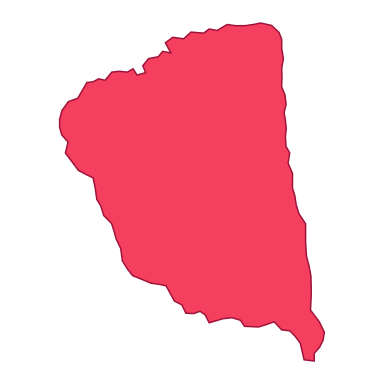 Fazenda Rio Grande, Paraná, Brazil
{"feature_id": "56859067B87747649596959", "entity_name": "Fazenda Rio Grande", "entity_type": "district", "adm_level": 2, "iso_a3": "BRA", "parent_name": "Brazil", "parent_adm1": "Paraná", "projection": "orthographic", "projection_center": [-49.297, -25.682], "detail": "fine", "context": "isolated", "style": "filled", "palette": "rose", "viewbox_px": 384, "rotation_deg": 0, "n_neighbors": 0, "source": "geoboundaries", "source_scale": "gbopen_adm2", "svg_char_len": 1431}
<svg xmlns="http://www.w3.org/2000/svg" viewBox="0 0 384 384"><path d="M78.5,170.5L85.9,174.4L93.1,177.9L95.3,188.7L96.8,199.4L100.7,205.8L103.8,215.6L111.6,223.5L114.2,231.8L116.2,239.0L120.7,248.5L122.4,260.9L127.6,269.3L132.7,275.7L142.2,279.5L151.0,283.2L159.0,284.3L166.1,285.8L170.4,293.8L174.5,301.1L181.9,304.9L185.9,313.2L193.4,313.6L200.1,311.3L205.2,314.9L209.2,322.8L223.0,318.7L232.1,317.7L240.5,320.3L244.5,326.3L250.7,326.6L258.4,327.0L264.7,325.1L274.2,321.8L281.7,329.9L289.7,330.8L294.8,335.9L300.2,343.0L304.1,359.8L314.2,361.0L314.3,353.2L319.6,347.3L323.0,340.4L324.4,332.3L319.3,321.8L310.5,310.1L311.2,296.0L311.2,286.5L310.9,276.0L309.2,266.7L306.5,256.2L305.6,243.3L305.6,223.8L298.9,213.7L296.1,204.4L294.8,195.5L292.5,188.2L292.5,173.4L288.1,163.2L289.7,152.8L286.0,146.4L285.4,136.7L286.3,128.5L285.4,120.3L284.1,112.5L286.1,104.5L285.0,95.1L281.6,86.7L282.0,77.4L281.7,68.3L283.4,58.6L281.7,48.5L281.7,39.2L279.0,32.4L271.5,25.4L260.5,23.0L253.4,24.5L245.0,25.7L235.5,25.7L227.1,24.5L217.0,30.5L209.2,29.0L203.7,33.1L191.0,32.1L183.6,38.8L172.7,37.3L165.4,42.8L170.8,52.9L162.6,51.4L158.3,56.7L148.6,58.6L142.8,65.7L145.6,72.7L137.0,75.0L133.1,68.8L127.3,72.1L119.6,71.3L111.8,72.1L105.1,80.3L98.7,78.8L93.0,81.8L86.9,82.5L82.8,89.6L77.8,98.2L68.4,101.6L61.9,110.6L59.6,119.5L59.6,127.1L61.7,134.8L68.0,142.1L65.4,153.1L71.4,161.0L78.5,170.5Z" fill="#f43f5e" stroke="#9f1239" stroke-width="1.5"/></svg>